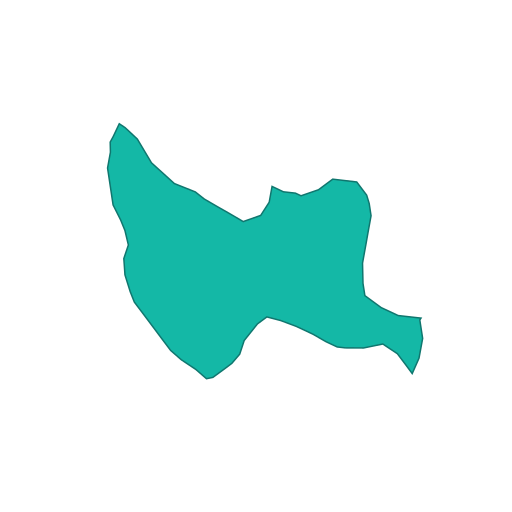 the district of Unsan, P'yŏngan-namdo, North Korea, rotated 233°
{"feature_id": "82179303B62623868631396", "entity_name": "Unsan", "entity_type": "district", "adm_level": 2, "iso_a3": "PRK", "parent_name": "North Korea", "parent_adm1": "P'yŏngan-namdo", "projection": "mercator", "projection_center": [126.152, 39.43], "detail": "fine", "context": "isolated", "style": "filled", "palette": "teal", "viewbox_px": 512, "rotation_deg": 233, "n_neighbors": 0, "source": "geoboundaries", "source_scale": "gbopen_adm2", "svg_char_len": 1018}
<svg xmlns="http://www.w3.org/2000/svg" viewBox="0 0 512 512"><g transform="rotate(233 256 256)"><path d="M187.8,142.6L185.0,148.5L184.8,163.2L184.8,172.1L187.4,183.9L195.6,195.7L200.9,216.3L200.8,228.0L189.7,236.8L175.9,245.6L159.3,254.4L145.5,260.3L134.5,266.1L128.9,272.0L117.8,286.6L109.4,304.3L92.9,310.1L79.1,310.1L68.1,310.0L76.3,324.7L89.9,339.5L106.3,348.3L107.1,350.4L122.9,333.7L139.5,324.9L158.8,319.1L169.8,325.0L186.2,336.8L199.8,351.5L208.0,360.3L218.9,372.1L229.8,378.0L238.0,381.0L254.5,381.0L271.2,363.5L271.3,345.8L277.0,328.2L282.5,325.3L290.8,316.5L301.9,310.7L291.0,298.9L285.6,284.2L291.2,266.5L305.1,260.7L318.8,254.8L332.6,249.0L343.7,246.1L363.0,234.4L393.3,228.6L420.8,231.6L437.3,228.7L443.9,226.4L437.4,214.0L434.7,208.1L426.5,202.2L415.6,190.4L399.2,181.5L382.8,172.6L366.3,169.6L355.3,166.7L341.6,160.7L333.5,148.9L319.8,140.0L303.3,134.1L292.4,131.1L273.1,131.1L245.6,131.0L231.9,131.0L218.1,133.9L201.5,139.7L187.8,142.6Z" fill="#14b8a6" stroke="#0f766e" stroke-width="1.5"/></g></svg>